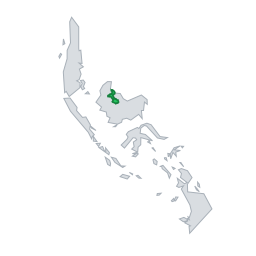 Sintang, Kalimantan Barat, Indonesia shown in context, rotated 44°
{"feature_id": "22746128B74245273608062", "entity_name": "Sintang", "entity_type": "district", "adm_level": 2, "iso_a3": "IDN", "parent_name": "Indonesia", "parent_adm1": "Kalimantan Barat", "projection": "albers", "projection_center": [111.256, 0.194], "detail": "fine", "context": "in_parent", "style": "filled", "palette": "green", "viewbox_px": 256, "rotation_deg": 44, "n_neighbors": 0, "source": "geoboundaries", "source_scale": "gbopen_adm2", "svg_char_len": 6254}
<svg xmlns="http://www.w3.org/2000/svg" viewBox="0 0 256 256"><g transform="rotate(44 128 128)"><path d="M83.9,106.2L88.3,112.2L95.0,111.4L98.4,108.6L104.3,110.2L108.8,109.1L114.7,95.0L122.0,94.3L125.4,97.6L121.8,97.9L127.0,104.6L125.5,106.1L131.7,111.4L126.2,110.8L124.5,120.4L120.3,121.9L117.9,125.7L119.4,128.3L117.8,132.5L109.8,137.8L108.0,133.1L104.7,134.2L101.3,131.6L95.3,134.7L94.4,131.3L87.0,131.7L85.6,123.1L81.9,120.7L80.3,114.7L81.0,108.9L83.9,106.2ZM10.5,87.5L22.3,89.5L37.4,105.1L39.2,106.4L40.0,104.8L50.1,113.5L47.6,115.3L53.4,115.0L52.1,119.4L56.8,121.8L59.3,127.2L58.3,129.7L62.1,128.7L65.4,132.4L63.8,146.2L58.1,144.6L57.9,146.6L42.5,132.6L36.1,120.5L30.3,114.4L27.5,106.7L12.3,92.1L10.5,87.5ZM244.6,127.9L245.5,160.9L240.3,156.4L240.9,155.0L234.6,156.8L235.5,153.5L233.7,151.8L234.3,151.5L235.4,151.6L235.9,151.4L232.9,150.2L234.3,149.8L231.5,143.9L225.9,140.3L208.8,134.9L208.1,131.1L205.9,135.4L203.4,136.2L202.5,132.4L198.4,129.9L207.3,128.9L208.4,126.2L200.1,127.1L198.1,123.6L193.3,123.0L194.6,120.1L200.4,117.4L208.5,119.2L209.8,127.2L215.3,132.5L228.2,122.6L244.6,127.9ZM161.9,111.1L156.1,114.7L139.9,113.7L137.9,115.0L137.3,119.2L140.4,123.4L145.0,120.6L154.5,120.2L143.9,126.0L148.8,131.2L148.6,134.8L151.8,138.7L145.3,140.6L145.4,137.2L141.6,134.4L142.4,130.4L140.4,130.0L138.4,131.5L139.4,144.9L134.9,145.0L135.1,137.0L134.3,134.4L131.2,133.8L130.8,130.4L134.4,121.1L136.2,120.8L135.5,116.9L138.3,111.4L142.4,109.6L157.0,111.9L163.0,107.5L161.9,111.1ZM65.5,146.7L77.1,148.6L78.9,151.2L87.9,152.0L90.0,149.3L98.8,151.9L101.2,155.5L108.4,156.2L108.3,159.3L109.3,161.1L102.5,158.7L75.0,155.9L61.3,151.3L65.5,146.7ZM176.4,111.6L181.3,107.8L179.1,112.2L182.4,114.8L177.3,114.4L180.1,120.5L176.3,117.2L174.9,110.2L177.9,104.7L176.4,111.6ZM179.1,130.6L191.3,131.7L192.6,135.4L187.6,132.8L180.8,133.5L178.8,132.1L177.6,133.8L179.1,130.6ZM151.6,160.1L142.6,161.8L136.3,160.6L140.4,158.3L149.2,160.2L152.3,157.5L151.6,160.1ZM125.7,157.9L131.7,158.6L132.8,160.5L120.7,162.3L122.6,159.0L126.8,160.8L128.2,160.1L125.7,157.9ZM162.7,161.6L162.9,165.2L156.1,168.5L156.4,165.0L162.7,161.6ZM65.5,125.1L67.1,129.1L69.4,129.7L68.6,132.2L65.2,131.0L64.1,127.7L60.8,126.9L62.5,124.6L65.5,125.1ZM232.8,157.0L228.2,157.7L230.3,153.5L233.9,152.5L235.0,154.0L232.8,157.0ZM137.3,164.0L140.2,165.7L141.5,167.6L138.6,168.3L131.9,164.8L137.3,164.0ZM172.2,131.8L174.2,134.6L171.4,135.6L168.1,133.6L168.3,132.0L172.2,131.8ZM108.7,158.1L115.1,159.3L112.2,161.5L108.7,158.1ZM118.7,158.2L119.7,161.7L115.9,161.2L118.7,158.2ZM76.6,130.3L73.5,133.0L73.8,129.7L76.6,130.3ZM212.0,143.0L212.9,147.4L211.5,147.7L210.2,144.5L212.0,143.0ZM106.7,152.0L101.8,153.4L99.7,152.6L106.7,152.0ZM153.4,139.5L153.5,143.5L150.7,145.2L151.8,139.9L153.4,139.5ZM19.7,108.8L24.0,111.2L23.4,113.3L19.7,108.8ZM30.2,125.3L28.5,124.5L27.7,121.2L29.1,121.1L30.2,125.3ZM195.6,156.4L194.6,154.8L197.1,151.9L197.1,154.5L195.6,156.4ZM190.0,116.1L195.0,117.2L189.3,116.8L190.0,116.1ZM159.6,124.7L164.2,125.7L159.2,125.7L159.6,124.7ZM151.3,141.5L148.9,143.4L151.0,139.9L151.3,141.5ZM215.7,118.6L218.3,118.9L220.8,120.8L218.5,121.2L215.7,118.6ZM172.3,155.1L170.6,156.5L167.1,156.7L168.0,155.1L172.3,155.1ZM212.0,148.2L210.9,150.3L209.7,150.2L209.8,147.0L212.0,148.2ZM178.8,124.4L175.7,124.8L174.9,124.1L176.1,122.8L178.8,124.4ZM216.3,123.4L220.0,123.7L223.6,124.3L220.2,124.9L216.3,123.4ZM151.9,122.3L155.0,123.6L151.8,124.4L151.9,122.3ZM180.9,104.5L178.8,104.2L180.7,102.6L180.9,104.5ZM159.8,159.0L163.3,157.8L163.7,158.5L159.8,159.0ZM190.0,124.4L189.5,126.2L186.9,125.4L188.2,124.8L190.0,124.4ZM118.2,135.7L116.8,137.0L117.9,133.1L118.2,135.7ZM175.7,117.6L177.3,120.1L176.7,120.5L174.3,118.6L175.7,117.6Z" fill="#d9dde1" stroke="#a8b0b8" stroke-width="1"/><path d="M102.5,118.7L102.4,118.7L102.3,118.4L102.2,118.4L102.3,118.2L102.5,118.0L102.5,117.9L102.8,117.8L102.8,117.7L103.0,117.6L103.1,117.4L103.3,117.3L103.1,117.3L103.1,117.2L103.3,117.2L103.4,116.9L103.2,116.8L103.3,116.7L103.2,116.4L103.2,116.1L103.3,116.0L103.2,115.9L102.9,115.7L102.6,115.4L102.0,115.2L101.9,115.2L101.8,115.3L101.7,115.3L101.6,115.2L101.4,114.9L101.3,115.0L101.2,115.0L100.9,115.3L100.9,115.5L100.7,115.5L100.4,115.5L100.2,115.4L99.8,115.5L99.7,115.4L99.2,115.5L99.3,115.6L99.1,115.8L98.9,115.5L98.7,115.7L98.6,115.8L98.6,116.0L98.1,115.8L97.8,116.0L97.6,116.0L97.4,115.9L97.2,116.0L96.9,116.1L96.7,116.2L96.5,115.9L96.4,115.7L96.2,115.6L95.8,115.6L95.5,115.7L95.4,115.7L95.2,115.5L95.1,115.4L94.7,115.3L94.4,115.2L94.2,114.9L94.2,114.7L94.4,114.6L94.5,114.4L94.6,114.2L94.5,113.8L94.5,113.7L94.4,113.4L94.5,113.2L94.6,112.9L94.7,112.7L94.3,112.4L94.3,112.2L94.1,112.2L94.1,111.9L93.9,111.9L93.6,111.8L93.6,111.7L93.5,111.4L93.4,111.3L93.2,111.3L92.9,111.4L92.7,111.2L92.4,111.2L92.2,111.1L91.9,111.1L91.7,111.1L91.4,111.2L91.1,111.2L91.0,111.3L90.9,111.3L90.7,111.3L90.4,111.3L90.3,111.5L90.2,111.6L89.9,111.7L89.9,111.8L89.9,112.0L89.8,111.9L89.7,112.0L89.9,112.1L89.8,112.4L89.7,112.4L89.8,112.5L90.0,112.8L90.2,112.7L90.3,112.8L90.5,112.8L90.8,112.7L91.0,112.8L91.4,112.8L91.5,113.0L91.9,113.5L92.0,113.6L92.4,113.8L92.4,114.0L92.2,114.2L92.2,114.3L92.2,114.6L92.0,114.8L92.0,115.0L92.2,115.3L92.3,115.3L92.2,115.4L92.3,115.4L92.2,115.4L92.2,115.5L92.3,115.8L92.1,115.9L92.1,116.0L92.0,116.3L91.9,116.2L91.7,116.0L91.5,116.3L91.6,116.6L91.6,116.9L91.6,117.1L91.4,117.2L91.4,117.3L91.3,117.5L91.3,117.8L91.2,118.0L91.0,118.3L91.0,118.5L91.1,118.8L91.3,119.1L91.5,119.2L91.8,119.2L91.9,119.3L92.0,119.2L92.2,118.9L92.3,118.9L92.4,118.7L92.5,118.7L92.7,118.4L92.8,118.4L93.1,118.4L93.2,118.1L93.2,117.9L93.3,117.8L93.4,117.7L93.6,117.7L93.8,117.7L94.0,117.5L94.4,117.3L94.5,117.4L94.8,117.5L95.0,117.5L95.3,117.7L95.3,117.8L95.5,117.8L95.6,117.6L95.8,117.6L96.0,117.7L96.3,117.8L96.6,118.0L97.0,118.0L97.1,117.9L97.4,117.8L97.6,117.7L97.8,117.5L97.9,117.8L97.9,118.1L97.9,118.3L97.9,118.5L98.1,118.6L98.1,118.8L98.2,119.0L98.2,119.3L98.3,119.4L98.3,119.5L98.3,119.8L98.3,120.0L98.5,120.1L98.9,120.1L99.0,120.1L99.3,120.0L99.3,119.9L99.5,119.9L99.7,119.6L99.8,119.5L100.0,119.5L100.3,119.5L100.3,119.4L100.7,119.2L100.8,119.2L101.0,119.2L101.3,119.0L101.5,119.1L101.8,118.9L101.9,119.0L102.0,119.0L102.3,119.1L102.4,118.9L102.5,118.8L102.5,118.7Z" fill="#22c55e" stroke="#15803d" stroke-width="1.5"/></g></svg>